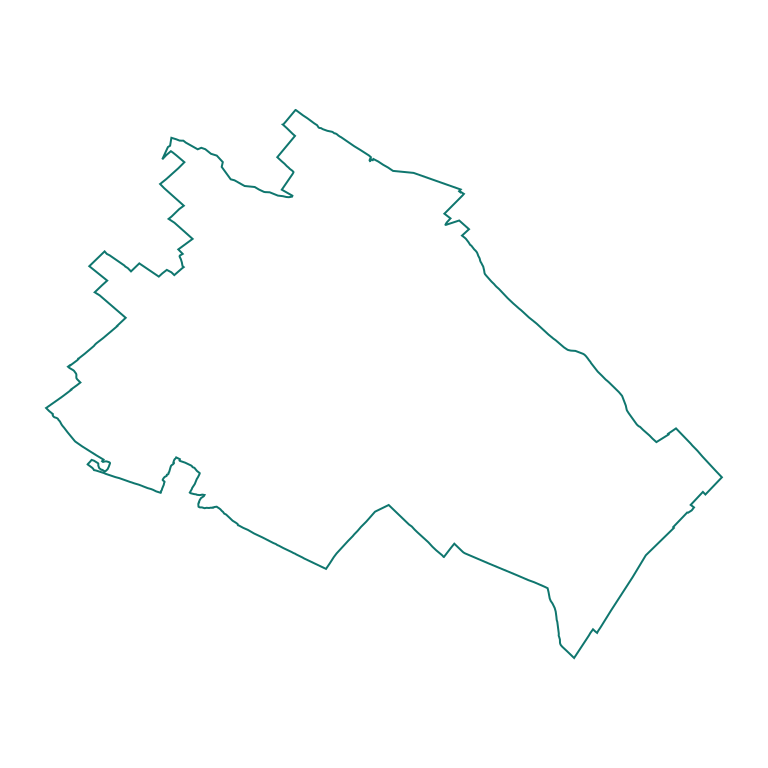 Havarna, Botosani, Romania (Equal Earth projection)
{"feature_id": "2599482B1439153330194", "entity_name": "Havarna", "entity_type": "district", "adm_level": 2, "iso_a3": "ROU", "parent_name": "Romania", "parent_adm1": "Botosani", "projection": "equal_earth", "projection_center": [26.638, 48.055], "detail": "fine", "context": "isolated", "style": "outline", "palette": "teal", "viewbox_px": 768, "rotation_deg": 0, "n_neighbors": 0, "source": "geoboundaries", "source_scale": "gbopen_adm2", "svg_char_len": 6055}
<svg xmlns="http://www.w3.org/2000/svg" viewBox="0 0 768 768"><path d="M597.1,632.9L598.1,631.0L600.4,627.6L611.1,610.4L632.6,577.2L645.8,555.3L673.9,527.9L673.2,527.1L687.2,512.5L688.1,512.7L691.7,510.4L694.0,507.4L690.7,504.9L702.9,491.9L705.4,494.5L721.9,477.3L715.5,470.6L702.5,456.6L697.4,450.7L692.3,445.5L690.7,443.6L676.0,428.4L668.1,433.8L668.6,434.5L656.4,442.1L652.5,438.6L649.5,435.5L643.1,429.9L640.5,427.3L639.8,426.7L639.0,426.4L638.3,425.9L636.8,424.5L628.7,413.2L627.1,410.7L626.7,409.8L625.8,405.6L622.1,395.9L618.9,392.1L608.9,382.3L607.2,380.8L605.7,379.6L601.8,375.6L597.7,371.6L591.0,363.0L590.4,361.9L588.7,359.8L587.9,358.6L586.0,356.2L584.9,355.1L584.2,354.5L583.0,353.8L575.4,350.9L570.8,350.6L568.1,350.0L567.3,349.6L564.0,347.4L555.5,340.1L553.5,338.7L548.4,334.5L536.6,323.6L529.0,317.5L521.1,310.2L519.1,308.6L513.3,303.5L507.8,298.3L498.9,288.9L496.3,286.6L495.0,285.2L494.2,284.2L491.4,281.5L486.1,275.5L484.9,274.0L484.5,272.9L484.1,270.3L483.2,266.5L482.5,265.3L481.4,263.1L480.7,262.0L480.2,260.8L479.6,258.3L478.3,255.9L477.4,253.4L476.8,252.2L475.5,250.6L474.3,249.5L471.3,245.6L470.2,244.9L468.5,242.2L465.9,238.8L464.8,237.8L462.0,235.6L469.0,229.2L459.2,220.5L445.8,224.9L445.5,224.7L446.0,223.6L447.0,222.2L450.5,218.4L444.4,213.7L462.5,195.5L463.9,193.9L461.1,192.1L460.7,192.5L459.9,191.9L460.2,191.7L459.2,191.1L460.7,189.5L413.6,172.9L393.0,170.9L388.0,167.5L383.2,164.8L378.2,161.5L373.4,159.0L372.8,160.2L372.5,160.2L371.4,159.4L371.1,159.4L370.3,161.0L370.0,161.1L369.6,160.5L369.7,159.8L370.9,157.2L369.0,155.5L360.1,149.8L354.2,146.2L341.1,137.2L340.1,136.7L338.3,135.5L337.1,134.4L335.6,133.5L334.3,133.3L332.9,132.2L332.1,131.8L327.3,130.8L322.6,129.1L321.2,128.2L319.3,127.9L318.6,127.5L317.1,125.2L314.3,123.4L307.0,118.0L302.9,115.3L295.9,110.1L295.5,110.0L295.3,110.2L285.6,121.8L283.4,124.3L282.8,124.5L286.8,128.1L292.6,133.8L295.0,135.9L277.3,157.2L281.7,161.3L284.5,163.7L286.9,166.2L288.7,167.7L289.6,168.7L292.5,170.9L293.5,172.1L293.1,173.1L292.5,174.1L281.8,189.7L292.4,195.7L292.1,196.6L288.9,197.2L286.3,197.0L283.0,196.2L277.9,195.6L269.7,192.3L265.3,192.1L264.0,191.9L259.1,189.6L254.7,187.0L244.6,186.0L234.5,180.3L230.7,179.3L221.7,166.9L222.8,162.1L216.8,155.6L211.0,153.8L205.3,149.2L201.3,147.8L197.7,149.3L185.8,142.6L183.4,140.7L179.6,140.6L176.3,139.3L171.4,137.8L170.1,145.7L167.9,147.1L162.3,159.3L166.3,155.1L170.9,151.2L172.8,152.5L176.4,155.4L184.4,162.2L178.3,168.3L165.9,179.4L160.1,184.0L164.2,188.2L183.8,205.7L179.2,209.1L171.6,216.5L168.6,218.9L174.4,222.7L192.6,238.9L178.3,249.4L182.7,253.9L179.8,255.6L179.6,256.6L180.9,259.3L181.9,262.6L182.5,266.0L183.7,267.1L182.1,268.3L174.3,275.1L171.4,272.3L166.8,269.9L162.3,273.4L158.8,276.6L139.3,263.4L131.0,271.4L127.8,268.1L125.1,266.4L124.5,265.6L109.6,255.3L106.8,253.9L104.6,251.4L89.3,266.2L107.2,280.6L102.0,285.3L94.7,292.3L99.7,295.4L125.7,317.8L117.1,325.9L117.3,326.1L103.0,338.2L96.5,343.2L95.1,344.5L93.9,346.0L84.8,353.7L78.8,358.4L78.3,358.6L78.5,359.0L77.3,360.2L70.2,365.5L70.0,365.2L68.0,366.7L69.5,368.0L73.1,370.1L74.0,370.8L76.1,373.7L76.4,374.9L76.3,377.1L76.5,378.3L77.2,379.3L80.4,382.5L77.1,385.1L71.0,389.5L71.3,389.8L62.3,396.6L46.1,408.0L49.2,411.1L52.9,414.1L52.6,414.9L53.2,416.2L53.8,416.8L54.5,417.3L56.5,417.9L57.8,418.7L58.5,419.9L59.9,421.4L61.6,424.6L62.7,426.1L64.0,427.6L67.5,432.2L74.4,440.6L75.2,441.5L82.2,446.4L96.3,455.3L103.5,459.6L102.1,461.2L102.9,461.9L103.3,461.9L104.9,461.4L106.6,461.4L108.6,462.0L109.5,462.4L109.9,462.8L110.0,463.3L108.8,466.7L107.6,469.2L105.5,471.2L105.1,471.3L104.7,471.3L103.1,470.4L102.5,469.9L101.3,469.8L100.6,469.1L99.6,468.5L99.1,467.9L98.3,465.6L98.3,463.7L98.0,463.2L94.0,460.7L91.6,459.9L90.2,461.6L87.7,464.2L87.6,464.4L92.1,467.7L93.2,468.8L94.0,470.1L96.0,470.5L104.1,473.1L105.6,473.8L115.4,477.1L119.2,478.1L130.5,482.1L131.6,482.4L134.1,483.3L138.9,484.7L147.6,488.1L150.9,489.0L153.0,489.8L156.2,491.4L160.7,492.8L160.9,492.6L160.8,492.2L161.0,491.1L161.4,490.8L161.8,489.9L162.2,488.5L163.8,484.7L164.1,483.0L164.5,482.2L164.5,481.6L163.1,480.5L162.7,480.0L162.8,479.5L163.8,477.9L164.7,476.9L166.5,476.0L166.9,474.7L167.2,474.6L167.6,474.6L168.5,473.8L168.6,473.5L168.6,472.6L169.2,471.9L170.4,467.7L170.9,466.1L171.6,465.2L173.1,464.2L173.8,463.4L174.0,463.0L173.9,462.7L173.4,462.5L174.0,460.4L174.7,459.2L175.8,458.2L176.2,457.4L179.9,459.2L179.5,460.5L179.9,460.9L185.0,462.6L191.1,465.5L191.8,466.0L192.5,467.0L192.9,467.3L194.4,467.8L196.9,470.9L199.7,473.1L199.7,473.5L199.3,474.5L198.0,477.1L196.7,479.2L194.8,484.0L192.2,487.9L191.8,489.1L189.8,492.6L190.6,493.2L194.1,494.1L196.2,494.4L197.0,494.8L199.9,495.1L201.9,494.7L202.9,494.7L204.5,495.0L203.8,496.2L201.1,498.0L199.8,499.9L198.9,502.1L199.1,502.2L199.1,502.4L198.3,503.9L198.5,506.6L198.6,506.8L199.9,507.4L201.9,507.4L204.6,508.2L206.6,507.8L209.1,508.0L210.5,507.7L211.3,507.8L212.5,507.5L212.9,507.8L213.7,507.5L214.0,507.1L216.6,506.7L216.9,506.8L217.6,507.4L218.4,507.8L220.4,509.3L221.7,510.8L223.1,512.0L224.2,513.6L225.9,514.4L226.4,514.8L232.6,520.7L236.0,522.8L237.6,524.0L237.8,524.4L237.8,524.9L238.1,525.3L238.7,525.4L243.3,527.9L247.9,529.9L254.1,533.5L262.4,537.4L273.5,543.1L275.8,544.0L277.4,545.1L278.7,545.6L283.4,548.1L291.6,552.0L293.4,553.0L295.1,553.7L296.2,554.4L302.5,557.5L304.0,558.4L326.0,568.9L329.9,563.2L333.8,557.1L336.6,553.4L348.1,540.9L352.8,536.1L354.2,534.4L357.6,530.9L361.0,526.9L366.3,521.6L375.0,511.7L388.7,505.0L409.1,524.6L411.8,526.5L414.6,529.6L417.3,532.2L428.4,542.3L432.4,546.7L436.2,550.3L442.2,555.3L443.6,556.9L443.9,557.0L450.9,547.9L454.3,543.7L462.4,551.5L463.4,552.4L464.9,553.3L489.7,563.9L517.6,575.5L528.3,580.1L534.1,582.2L544.5,586.7L547.6,588.2L548.5,591.9L549.7,598.4L550.7,600.9L552.5,603.5L554.7,608.0L555.7,611.6L556.4,616.8L556.7,619.9L557.3,621.9L558.8,633.6L558.7,635.7L559.2,637.1L559.9,639.5L560.0,642.9L560.3,644.0L560.9,645.2L562.4,646.9L566.4,650.6L574.1,658.0L588.9,635.5L590.4,632.9L591.8,631.0L593.0,629.3L595.2,631.4L597.1,632.9Z" fill="none" stroke="#0f766e" stroke-width="2"/></svg>